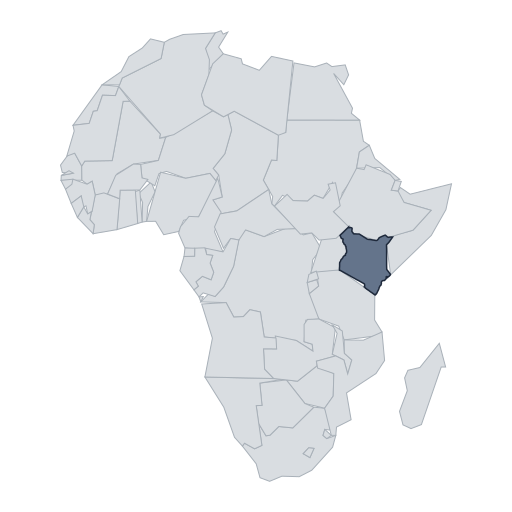 Kenya on a map of Africa (orthographic projection)
{"feature_id": "KEN", "entity_name": "Kenya", "entity_type": "country or territory", "adm_level": 0, "iso_a3": "KEN", "parent_name": "Africa", "parent_adm1": "", "projection": "orthographic", "projection_center": [37.674, 0.4], "detail": "fine", "context": "in_parent", "style": "filled", "palette": "slate", "viewbox_px": 512, "rotation_deg": 0, "n_neighbors": 49, "source": "natural_earth", "source_scale": "50m", "svg_char_len": 12659}
<svg xmlns="http://www.w3.org/2000/svg" viewBox="0 0 512 512"><path d="M339.5,269.9L374.8,294.8L374.6,320.0L382.0,332.0L376.7,335.8L344.2,339.9L338.7,326.1L318.9,319.0L311.4,307.0L309.3,293.6L318.6,286.0L316.3,271.1L339.5,269.9Z" fill="#d9dde1" stroke="#a8b0b8" stroke-width="1"/><path d="M118.8,86.5L115.5,95.6L102.5,95.2L97.2,110.7L93.3,111.3L89.2,123.4L73.0,125.3L102.1,84.8L118.8,86.5Z" fill="#d9dde1" stroke="#a8b0b8" stroke-width="1"/><path d="M309.3,293.6L318.9,319.0L305.8,320.2L304.1,341.7L312.2,344.2L313.0,351.2L296.3,340.5L264.2,337.0L260.4,312.0L249.9,309.7L243.4,316.6L233.8,317.1L226.1,302.6L200.8,301.9L209.1,293.4L215.1,296.5L223.6,287.0L233.6,266.3L239.6,235.4L245.6,229.9L264.1,236.6L285.3,228.5L296.5,228.6L303.3,234.9L311.8,232.9L321.3,248.8L312.7,259.6L309.3,293.6Z" fill="#d9dde1" stroke="#a8b0b8" stroke-width="1"/><path d="M390.7,274.8L386.6,245.0L394.2,235.3L413.0,230.2L431.1,210.3L404.1,202.5L396.6,193.3L400.3,187.5L410.1,194.2L451.5,183.8L445.9,209.7L431.3,235.4L390.7,274.8Z" fill="#d9dde1" stroke="#a8b0b8" stroke-width="1"/><path d="M278.8,208.7L274.0,205.8L271.8,203.9L272.7,196.5L263.3,180.1L271.5,160.0L276.8,160.5L278.7,132.5L285.7,132.5L286.8,120.0L359.6,120.1L363.4,141.3L369.3,145.3L359.4,151.9L355.5,173.8L342.2,193.0L340.2,205.8L332.5,182.4L323.1,198.4L314.3,195.2L307.5,201.1L293.1,200.6L282.5,195.3L274.5,206.1L278.8,208.7Z" fill="#d9dde1" stroke="#a8b0b8" stroke-width="1"/><path d="M278.4,135.2L276.8,160.5L271.5,160.0L263.3,180.1L268.7,189.5L236.8,210.9L220.1,213.9L212.9,199.9L222.2,197.0L218.7,175.1L213.1,168.4L224.8,153.8L231.6,130.0L227.9,114.6L234.2,111.2L278.4,135.2Z" fill="#d9dde1" stroke="#a8b0b8" stroke-width="1"/><path d="M242.4,446.1L244.5,443.2L254.6,448.8L261.9,445.4L258.6,423.5L266.0,435.8L270.0,435.2L278.8,426.5L292.8,427.9L313.8,407.2L324.6,408.2L329.7,421.2L329.6,430.0L324.8,429.4L323.0,435.4L326.8,438.6L335.8,435.4L332.6,447.2L311.8,470.2L299.2,476.7L281.9,476.2L269.6,481.3L260.0,477.7L256.2,463.8L242.4,446.1ZM314.0,448.4L308.7,447.8L303.2,453.7L309.9,457.6L314.0,448.4Z" fill="#d9dde1" stroke="#a8b0b8" stroke-width="1"/><path d="M314.0,448.4L309.9,457.6L303.2,453.7L308.7,447.8L314.0,448.4Z" fill="#d9dde1" stroke="#a8b0b8" stroke-width="1"/><path d="M324.6,408.2L304.9,403.5L286.3,379.9L297.5,381.2L317.1,365.7L333.8,373.5L333.2,396.1L324.6,408.2Z" fill="#d9dde1" stroke="#a8b0b8" stroke-width="1"/><path d="M313.8,407.2L292.8,427.9L278.8,426.5L270.0,435.2L266.0,435.8L258.6,423.5L256.2,405.6L262.0,405.4L259.8,383.1L286.3,379.9L304.9,403.5L313.8,407.2Z" fill="#d9dde1" stroke="#a8b0b8" stroke-width="1"/><path d="M256.2,405.6L261.9,445.4L254.6,448.8L244.5,443.2L242.4,446.1L234.5,437.3L223.8,407.2L204.9,377.0L285.1,378.9L259.8,383.1L262.0,405.4L256.2,405.6Z" fill="#d9dde1" stroke="#a8b0b8" stroke-width="1"/><path d="M62.3,172.5L60.5,165.1L68.6,154.1L74.7,153.2L81.7,166.0L81.9,180.2L61.0,180.4L61.3,175.4L73.4,173.2L62.3,172.5Z" fill="#d9dde1" stroke="#a8b0b8" stroke-width="1"/><path d="M81.9,180.2L81.7,166.0L84.8,161.1L112.2,160.6L123.1,101.3L129.9,101.2L160.5,134.1L159.7,138.1L165.7,137.5L158.4,160.4L133.4,164.1L117.2,173.7L107.6,194.0L95.2,195.0L92.2,181.2L87.1,184.2L81.9,180.2Z" fill="#d9dde1" stroke="#a8b0b8" stroke-width="1"/><path d="M73.0,125.3L89.2,123.4L93.3,111.3L97.2,110.7L102.5,95.2L115.5,95.6L118.8,86.5L129.9,101.2L123.1,101.3L112.2,160.6L84.8,161.1L81.7,166.0L74.7,153.2L66.8,156.1L74.2,131.0L73.0,125.3Z" fill="#d9dde1" stroke="#a8b0b8" stroke-width="1"/><path d="M146.6,221.4L142.1,222.1L142.6,202.4L138.7,193.5L151.1,182.0L155.1,191.8L147.9,206.5L146.6,221.4Z" fill="#d9dde1" stroke="#a8b0b8" stroke-width="1"/><path d="M227.9,114.6L231.6,130.0L224.8,153.8L213.1,168.4L218.7,175.1L215.7,180.6L209.9,173.4L185.7,178.3L166.5,171.4L159.0,173.6L154.8,185.8L142.0,177.9L140.6,164.4L158.4,160.4L165.7,137.5L212.6,110.8L223.5,116.8L227.9,114.6Z" fill="#d9dde1" stroke="#a8b0b8" stroke-width="1"/><path d="M146.6,221.4L160.6,172.2L185.7,178.3L209.9,173.4L217.9,183.2L198.6,216.8L183.6,220.3L178.8,231.4L163.7,234.7L155.6,221.3L146.6,221.4Z" fill="#d9dde1" stroke="#a8b0b8" stroke-width="1"/><path d="M217.8,178.2L222.2,197.0L212.9,199.9L221.1,212.2L214.5,231.8L223.0,251.9L185.0,248.0L178.6,233.3L180.5,226.7L189.0,216.4L198.6,216.8L217.8,178.2Z" fill="#d9dde1" stroke="#a8b0b8" stroke-width="1"/><path d="M139.8,190.0L142.1,222.1L137.7,223.5L134.6,191.9L139.8,190.0Z" fill="#d9dde1" stroke="#a8b0b8" stroke-width="1"/><path d="M135.3,189.9L137.7,223.5L117.0,229.6L120.1,190.2L135.3,189.9Z" fill="#d9dde1" stroke="#a8b0b8" stroke-width="1"/><path d="M95.2,195.0L103.9,192.9L119.7,198.8L117.0,229.6L93.1,233.7L94.3,224.7L89.9,219.7L95.2,195.0Z" fill="#d9dde1" stroke="#a8b0b8" stroke-width="1"/><path d="M72.9,179.2L87.1,184.2L92.2,181.2L95.2,195.0L92.1,211.6L87.7,214.0L86.0,205.9L82.6,207.1L81.2,195.9L71.2,203.4L65.5,189.2L72.9,179.2Z" fill="#d9dde1" stroke="#a8b0b8" stroke-width="1"/><path d="M61.0,180.4L72.9,179.2L71.9,184.2L65.5,189.2L61.0,180.4Z" fill="#d9dde1" stroke="#a8b0b8" stroke-width="1"/><path d="M91.4,211.6L89.9,219.7L94.3,224.7L93.1,233.7L77.4,217.4L83.8,206.8L87.7,214.0L91.4,211.6Z" fill="#d9dde1" stroke="#a8b0b8" stroke-width="1"/><path d="M71.2,203.4L81.2,195.9L83.8,206.8L77.4,217.4L71.2,203.4Z" fill="#d9dde1" stroke="#a8b0b8" stroke-width="1"/><path d="M107.6,194.0L115.7,175.3L133.4,164.1L140.6,164.4L142.0,177.9L147.9,179.4L139.8,190.0L120.1,190.2L119.7,198.8L107.6,194.0Z" fill="#d9dde1" stroke="#a8b0b8" stroke-width="1"/><path d="M296.5,228.6L277.2,229.4L264.1,236.6L245.6,229.9L238.9,240.0L230.7,238.5L223.5,248.3L214.5,227.0L220.1,213.9L236.8,210.9L268.7,189.5L271.8,203.9L296.5,228.6Z" fill="#d9dde1" stroke="#a8b0b8" stroke-width="1"/><path d="M238.9,240.0L233.6,266.3L223.6,287.0L215.1,296.5L203.1,292.9L199.0,296.9L193.9,289.8L198.3,286.2L195.9,281.8L202.4,276.3L211.1,279.8L213.7,272.3L210.1,263.1L212.7,255.4L206.7,254.6L205.5,248.2L223.0,251.9L230.7,238.5L238.9,240.0Z" fill="#d9dde1" stroke="#a8b0b8" stroke-width="1"/><path d="M194.7,248.2L204.8,247.8L206.7,254.6L212.7,255.4L210.1,263.1L213.7,272.3L211.1,279.8L202.4,276.3L195.9,281.8L198.3,286.2L193.9,289.8L179.9,270.7L184.0,256.5L194.6,256.2L194.7,248.2Z" fill="#d9dde1" stroke="#a8b0b8" stroke-width="1"/><path d="M185.0,248.0L194.7,248.2L194.6,256.2L184.0,256.5L185.0,248.0Z" fill="#d9dde1" stroke="#a8b0b8" stroke-width="1"/><path d="M318.9,319.0L335.4,327.8L332.3,354.2L335.7,355.9L316.4,361.2L317.1,365.7L297.5,381.2L273.5,378.5L264.6,369.3L263.5,348.8L276.6,348.9L275.3,336.0L296.3,340.5L313.0,351.2L312.2,344.2L304.1,341.7L304.1,324.4L307.6,319.4L318.9,319.0Z" fill="#d9dde1" stroke="#a8b0b8" stroke-width="1"/><path d="M332.3,324.9L342.3,331.0L344.4,353.3L351.8,360.0L347.7,374.0L343.9,360.0L332.3,354.2L337.1,333.4L332.3,324.9Z" fill="#d9dde1" stroke="#a8b0b8" stroke-width="1"/><path d="M344.2,339.9L363.3,340.2L382.0,332.0L384.6,360.5L376.0,373.5L346.5,392.9L351.1,419.7L336.5,427.1L335.8,435.4L331.3,435.4L324.6,408.2L333.2,396.1L333.8,373.5L317.6,368.1L316.4,361.2L335.7,355.9L343.9,360.0L347.7,374.0L351.8,360.0L344.4,353.3L344.2,339.9Z" fill="#d9dde1" stroke="#a8b0b8" stroke-width="1"/><path d="M331.3,435.4L326.8,438.6L323.0,435.4L324.8,429.4L331.3,435.4Z" fill="#d9dde1" stroke="#a8b0b8" stroke-width="1"/><path d="M199.0,296.9L203.3,296.6L200.8,301.9L199.0,296.9ZM201.7,304.0L226.1,302.6L233.8,317.1L243.4,316.6L249.9,309.7L260.4,312.0L264.2,337.0L276.0,338.0L276.6,348.9L263.5,348.8L264.6,369.3L273.5,378.5L204.9,377.0L212.4,338.2L201.7,304.0Z" fill="#d9dde1" stroke="#a8b0b8" stroke-width="1"/><path d="M316.7,279.7L318.6,286.0L309.3,293.6L307.2,282.5L316.7,279.7Z" fill="#d9dde1" stroke="#a8b0b8" stroke-width="1"/><path d="M439.3,343.3L445.6,367.0L441.2,367.0L421.4,424.6L411.0,428.6L403.0,424.9L399.5,411.4L407.3,390.7L404.6,377.9L407.9,370.3L419.9,367.5L439.3,343.3Z" fill="#d9dde1" stroke="#a8b0b8" stroke-width="1"/><path d="M61.3,175.4L69.0,170.7L73.4,173.2L61.3,175.4Z" fill="#d9dde1" stroke="#a8b0b8" stroke-width="1"/><path d="M208.6,69.9L205.5,48.4L215.2,32.9L221.1,30.7L223.1,34.1L227.8,32.1L218.6,47.1L223.3,53.8L208.6,69.9Z" fill="#d9dde1" stroke="#a8b0b8" stroke-width="1"/><path d="M118.8,86.5L122.2,78.0L161.1,58.5L164.3,42.3L169.6,39.3L183.2,34.5L215.2,32.9L205.5,48.4L209.4,59.6L208.9,75.0L201.5,94.8L204.4,105.2L212.6,110.8L173.7,134.7L159.7,138.1L160.5,134.1L118.8,86.5Z" fill="#d9dde1" stroke="#a8b0b8" stroke-width="1"/><path d="M356.6,168.2L359.4,151.9L369.3,145.3L374.8,158.5L399.8,179.4L395.1,180.4L379.8,167.6L356.6,168.2Z" fill="#d9dde1" stroke="#a8b0b8" stroke-width="1"/><path d="M102.1,84.8L121.2,71.6L128.9,56.6L142.3,48.0L150.5,38.9L164.3,42.3L161.1,58.5L122.2,78.0L119.5,84.9L102.1,84.8Z" fill="#d9dde1" stroke="#a8b0b8" stroke-width="1"/><path d="M359.6,120.1L286.8,120.0L294.0,62.9L314.6,66.9L326.6,63.0L331.9,66.6L345.2,64.9L348.6,74.9L343.8,84.7L333.6,73.4L352.5,108.2L351.4,113.3L359.6,120.1Z" fill="#d9dde1" stroke="#a8b0b8" stroke-width="1"/><path d="M292.9,61.0L285.7,132.5L278.4,135.2L234.2,111.2L223.5,116.8L204.4,105.2L201.5,94.8L212.7,63.8L223.3,53.8L241.2,58.8L242.5,63.9L259.3,70.3L271.5,56.4L292.9,61.0Z" fill="#d9dde1" stroke="#a8b0b8" stroke-width="1"/><path d="M431.1,210.3L413.0,230.2L377.2,240.7L354.5,233.9L333.4,211.7L356.6,168.2L364.1,169.6L366.1,164.8L390.1,174.5L395.1,180.4L391.3,190.2L398.0,191.0L404.1,202.5L431.1,210.3Z" fill="#d9dde1" stroke="#a8b0b8" stroke-width="1"/><path d="M395.1,180.4L401.3,181.4L398.0,191.0L391.3,190.2L395.1,180.4Z" fill="#d9dde1" stroke="#a8b0b8" stroke-width="1"/><path d="M339.5,269.9L310.8,272.5L321.9,238.3L340.2,235.2L343.3,239.9L347.0,250.9L339.5,269.9Z" fill="#d9dde1" stroke="#a8b0b8" stroke-width="1"/><path d="M316.3,271.1L318.6,278.8L307.2,282.5L308.9,274.4L316.3,271.1Z" fill="#d9dde1" stroke="#a8b0b8" stroke-width="1"/><path d="M319.1,240.1L311.8,232.9L300.4,234.1L274.5,206.1L287.1,194.4L293.1,200.6L307.5,201.1L314.3,195.2L323.1,198.4L330.1,190.0L328.1,184.2L335.5,182.8L340.2,205.8L333.4,211.7L348.8,226.9L336.1,238.3L319.1,240.1Z" fill="#d9dde1" stroke="#a8b0b8" stroke-width="1"/><path d="M339.5,270.3L339.4,269.1L339.6,266.2L339.6,263.7L339.7,262.4L340.3,261.6L340.6,261.0L340.8,260.2L341.2,259.5L341.9,259.0L342.0,258.7L342.8,257.8L343.3,256.6L343.7,256.2L344.1,255.9L344.4,255.7L344.9,255.5L345.3,255.4L345.5,255.1L345.3,254.4L345.5,254.1L345.8,253.6L346.1,253.2L346.4,252.9L346.5,252.6L346.6,252.1L346.6,251.7L346.6,251.1L346.5,249.8L346.2,248.7L346.0,247.4L346.1,247.0L345.9,246.3L345.5,246.1L345.3,245.4L345.1,244.8L344.9,244.6L344.0,244.1L343.6,242.8L343.1,242.5L342.8,241.2L342.8,240.8L343.1,239.5L343.1,239.2L342.8,238.9L341.9,238.7L341.2,238.1L341.3,237.9L341.0,237.6L340.0,235.4L341.3,234.1L342.7,232.8L344.4,231.1L346.0,229.5L347.4,228.2L348.6,227.0L348.6,227.5L349.0,227.8L349.3,227.7L349.7,227.5L350.0,227.4L351.8,227.9L352.1,228.4L352.1,228.8L352.1,229.2L352.0,229.5L351.9,230.6L351.9,231.5L352.4,232.2L352.9,232.8L353.3,233.5L353.6,233.8L354.0,233.9L355.3,233.9L357.1,234.0L358.9,234.0L359.1,234.0L359.5,234.2L361.1,235.2L362.7,236.2L363.9,237.0L365.2,237.8L366.4,238.6L367.4,239.2L368.3,239.4L369.8,239.5L370.8,239.6L371.8,239.8L373.2,240.1L374.3,240.2L374.9,240.4L376.7,240.5L377.0,240.4L377.8,239.7L378.7,238.5L379.0,237.9L380.2,237.2L382.2,236.3L383.6,235.7L385.2,235.1L385.9,235.6L386.9,236.5L387.3,236.9L387.7,237.1L388.2,237.3L388.9,237.3L389.2,237.2L389.9,237.1L391.6,237.0L392.6,237.0L391.8,238.2L390.8,239.6L389.0,242.2L387.7,243.6L386.6,244.6L386.5,244.8L386.5,245.9L386.6,248.8L386.6,254.4L386.6,260.0L386.6,265.6L386.7,268.4L386.7,269.4L387.6,270.6L388.5,271.7L389.6,273.3L390.3,274.1L390.4,274.3L390.3,274.9L389.4,276.0L388.6,276.6L387.5,276.8L387.2,276.8L386.8,276.6L386.6,276.9L386.5,277.3L386.2,277.2L386.2,277.8L386.3,278.2L386.1,278.7L385.6,279.2L385.5,279.5L384.4,280.5L382.8,280.6L382.0,281.1L381.6,281.5L381.3,282.4L381.4,283.7L381.0,284.8L380.9,285.3L380.0,285.9L379.7,286.5L379.4,287.2L379.2,287.4L378.9,288.8L378.5,289.7L378.4,290.0L378.0,290.7L377.8,291.0L377.7,291.3L376.7,293.4L375.9,294.4L375.3,294.3L374.9,294.7L374.9,294.9L374.7,294.8L374.2,294.4L373.2,293.7L372.2,292.9L371.1,292.2L370.1,291.5L369.1,290.7L368.1,290.0L367.0,289.3L366.0,288.5L365.4,288.1L365.2,287.8L365.0,287.3L364.9,287.2L364.6,287.0L364.3,287.0L364.2,286.9L364.2,286.7L364.3,286.3L364.7,285.6L364.7,285.2L364.6,284.8L364.5,284.1L364.4,283.9L363.7,283.5L362.3,282.7L360.9,281.9L359.5,281.1L358.0,280.3L356.6,279.6L355.2,278.8L353.8,278.0L352.3,277.2L350.9,276.4L349.5,275.6L348.1,274.8L346.7,274.0L345.2,273.2L343.8,272.4L342.4,271.6L341.0,270.8L340.4,270.5L340.0,270.3L339.5,270.3ZM386.7,278.0L386.6,277.7L387.4,277.2L387.7,277.3L387.7,277.5L386.7,278.0Z" fill="#64748b" stroke="#1e293b" stroke-width="1.5"/></svg>